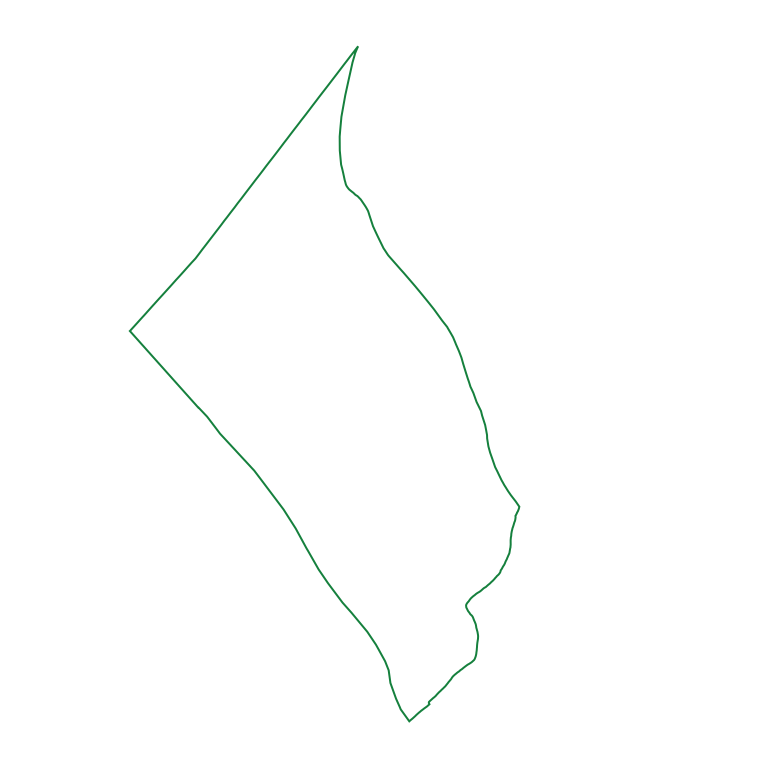 Rumah, Hadramawt, Yemen, rotated 318°
{"feature_id": "15242507B71600093935687", "entity_name": "Rumah", "entity_type": "district", "adm_level": 2, "iso_a3": "YEM", "parent_name": "Yemen", "parent_adm1": "Hadramawt", "projection": "orthographic", "projection_center": [50.913, 17.827], "detail": "fine", "context": "isolated", "style": "outline", "palette": "green", "viewbox_px": 768, "rotation_deg": 318, "n_neighbors": 0, "source": "geoboundaries", "source_scale": "gbopen_adm2", "svg_char_len": 5398}
<svg xmlns="http://www.w3.org/2000/svg" viewBox="0 0 768 768"><g transform="rotate(318 384 384)"><path d="M474.0,286.1L474.3,284.2L474.4,283.1L477.6,271.9L478.6,268.5L479.6,265.2L481.4,259.4L486.1,248.8L486.9,247.1L487.3,246.2L487.9,244.8L488.3,243.2L488.9,240.5L489.3,238.0L489.7,235.0L490.1,232.1L490.1,231.9L490.2,231.3L490.2,231.1L490.1,229.2L490.1,227.8L490.0,226.5L489.6,225.3L489.3,224.0L489.2,221.9L489.2,221.3L489.0,220.7L488.7,218.8L488.6,218.2L488.3,216.2L488.3,215.4L488.4,213.9L488.6,212.2L489.1,210.4L489.7,209.2L489.8,209.0L490.2,208.3L491.1,206.4L494.9,199.8L497.1,195.8L498.9,192.3L504.7,184.5L507.3,181.0L508.0,180.2L516.6,170.5L522.0,165.4L531.2,156.9L542.0,148.5L548.3,143.6L561.4,134.2L574.9,124.6L575.4,124.2L582.8,119.6L583.2,119.3L584.0,118.8L587.2,117.3L588.9,116.5L589.9,116.1L590.2,116.0L590.5,115.8L590.8,115.7L585.8,116.6L579.5,117.7L573.2,118.9L568.2,119.8L562.4,120.9L557.2,121.9L551.2,123.0L544.8,124.2L538.8,125.3L533.8,126.2L527.2,127.4L523.6,128.1L516.6,129.4L510.9,130.5L506.2,131.4L499.3,132.6L494.1,133.6L488.0,134.7L481.5,135.9L476.4,136.9L470.8,137.9L465.7,138.9L459.4,140.1L454.0,141.1L447.8,142.2L442.3,143.2L436.7,144.3L431.9,145.2L425.1,146.4L419.3,147.5L413.9,148.5L409.1,149.4L401.8,150.8L396.6,151.7L391.2,152.8L385.0,153.9L378.7,155.1L374.6,155.8L368.6,157.0L362.1,158.2L356.7,159.2L350.7,160.3L344.8,161.4L339.2,162.4L334.2,163.4L327.8,164.6L322.0,165.1L316.5,165.7L310.3,166.4L304.5,167.0L299.1,167.5L292.9,168.2L287.0,168.8L281.2,169.4L275.0,170.0L271.1,170.4L263.4,171.2L257.9,171.8L252.5,172.4L247.2,172.9L239.6,173.7L232.6,174.4L231.0,174.6L230.6,174.6L230.2,277.4L230.4,277.4L230.7,289.9L230.6,291.2L229.5,304.5L228.9,311.2L229.3,340.0L229.6,361.6L228.8,371.2L225.4,410.0L223.5,421.4L221.7,432.3L216.4,454.5L215.9,457.1L211.3,478.2L210.8,482.0L209.1,494.5L206.9,518.7L206.8,532.2L205.8,556.9L203.6,572.3L202.6,576.7L199.3,590.8L196.9,597.2L195.9,599.9L188.7,610.5L182.4,625.9L179.5,634.8L178.7,637.0L177.1,651.6L179.2,651.6L181.1,651.7L182.9,651.7L183.5,651.7L184.9,651.7L186.5,651.6L187.0,651.6L188.5,651.6L190.1,651.6L191.7,651.7L193.3,651.7L193.6,651.8L194.2,651.8L195.1,651.9L196.7,652.0L198.4,652.2L200.1,652.4L203.5,652.4L203.8,651.2L204.0,650.9L204.6,650.4L205.7,650.3L207.0,650.3L207.4,650.3L208.1,650.3L209.4,650.3L210.5,650.3L211.7,650.4L212.8,650.4L213.8,650.4L215.0,650.2L216.1,650.1L217.3,650.0L218.5,649.9L219.7,649.9L220.9,649.9L222.0,649.8L223.2,649.8L224.3,649.8L225.4,649.7L226.6,649.7L227.7,649.6L228.8,649.4L230.0,649.2L231.3,649.0L232.6,648.7L233.7,648.6L234.9,648.4L236.0,648.3L237.1,648.0L238.1,647.7L239.2,647.5L240.3,647.4L241.4,647.4L242.5,647.4L243.9,647.5L245.0,647.5L246.1,647.6L247.3,647.8L248.4,647.8L249.6,647.8L250.6,648.0L251.9,648.1L253.1,648.1L254.2,648.2L255.6,648.3L256.7,648.4L257.8,648.5L259.0,648.7L260.2,649.0L261.6,649.2L262.9,649.4L264.0,649.4L265.1,649.4L266.2,649.4L267.3,649.1L268.3,648.6L269.3,648.1L270.3,647.5L271.3,646.8L272.2,646.1L273.2,645.2L274.2,644.4L275.0,643.7L275.9,642.8L276.8,642.0L277.6,641.2L278.5,640.3L279.4,639.5L280.3,638.7L281.3,637.9L282.3,637.1L283.3,636.3L284.2,635.4L285.0,634.6L285.8,633.6L286.5,632.5L287.2,631.4L287.8,630.4L288.3,629.3L288.9,628.2L289.5,626.9L290.2,625.9L290.9,624.8L291.5,623.7L291.9,622.6L292.3,621.5L292.6,620.5L293.0,619.4L293.5,618.1L293.9,617.1L294.2,616.0L294.3,614.9L294.1,612.9L294.2,612.2L294.4,611.2L294.5,609.9L294.6,608.8L294.9,607.8L295.3,606.4L295.6,605.2L296.3,604.2L297.0,603.3L298.0,602.8L299.0,602.5L300.1,602.3L301.2,602.2L302.3,602.0L303.4,601.7L304.6,601.5L305.7,601.4L307.0,601.4L308.2,601.4L309.3,601.5L310.4,601.6L311.5,601.6L312.7,601.7L314.0,601.9L315.3,602.2L316.5,602.4L317.8,602.5L319.1,602.5L320.2,602.5L321.3,602.5L322.6,602.7L323.7,603.0L324.8,603.0L326.1,603.0L327.2,603.0L328.5,603.1L329.7,603.1L330.9,603.0L332.2,603.0L333.4,603.0L334.4,602.9L335.7,602.8L336.8,602.6L338.2,602.5L339.4,602.3L340.5,602.3L341.6,602.3L342.8,602.1L344.1,601.8L345.1,601.3L346.0,600.6L347.1,600.4L348.4,600.0L349.7,599.5L351.0,599.1L352.3,598.8L353.3,598.4L354.4,597.9L355.5,597.3L357.1,596.7L358.2,596.3L359.3,595.7L360.5,595.2L361.5,594.7L362.5,594.3L364.0,593.6L364.9,592.9L365.9,592.1L366.9,591.3L367.8,590.6L368.7,590.0L369.6,589.1L370.5,588.3L371.3,587.4L372.0,586.6L372.9,585.6L373.7,584.7L374.6,583.9L375.4,583.1L376.5,582.3L377.4,581.5L378.3,580.6L379.3,579.8L380.2,579.1L381.2,578.4L382.1,577.8L383.1,577.1L384.1,576.6L385.3,575.9L386.3,575.3L387.4,574.6L388.4,574.0L389.7,573.4L390.7,572.7L391.8,571.8L392.7,571.0L393.4,570.0L394.1,569.8L394.6,569.6L395.8,569.1L396.0,569.1L396.7,568.7L396.8,568.6L397.9,568.3L398.5,568.1L399.0,567.8L400.1,567.3L400.6,567.0L401.1,566.7L402.5,565.7L402.5,565.4L403.3,559.4L403.6,555.3L403.7,554.0L403.9,551.5L404.5,546.7L405.4,541.7L405.7,539.8L406.6,535.9L406.9,534.4L409.0,527.2L409.7,524.9L411.0,520.1L414.5,511.9L416.9,506.1L419.8,500.3L424.2,493.5L426.4,490.9L428.8,487.0L431.7,482.2L435.8,473.1L438.0,469.0L440.8,459.2L441.1,458.5L444.4,450.5L446.1,445.0L446.4,443.9L447.7,441.1L448.7,438.9L449.9,436.0L452.4,430.5L456.2,422.3L459.2,416.2L459.7,414.9L461.7,409.7L464.2,402.2L464.6,401.2L466.6,395.5L467.7,390.5L468.8,385.1L469.1,384.0L469.6,376.2L469.8,374.2L471.1,362.1L471.2,360.6L471.7,352.2L472.3,339.7L472.6,332.0L472.7,328.1L472.7,327.8L473.0,314.7L473.0,314.2L473.0,310.1L473.2,293.0L473.2,292.2L473.3,290.6L474.0,286.1Z" fill="none" stroke="#15803d" stroke-width="2"/></g></svg>